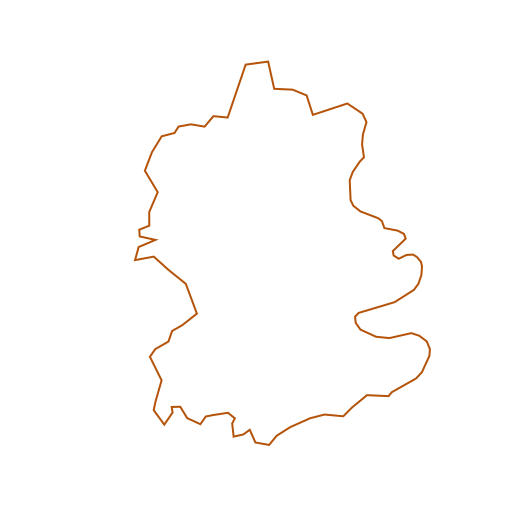 outline of Chust, Namangan, Uzbekistan, rotated 68°
{"feature_id": "79887680B74841511889074", "entity_name": "Chust", "entity_type": "district", "adm_level": 2, "iso_a3": "UZB", "parent_name": "Uzbekistan", "parent_adm1": "Namangan", "projection": "mercator", "projection_center": [71.199, 41.034], "detail": "fine", "context": "isolated", "style": "outline", "palette": "amber", "viewbox_px": 512, "rotation_deg": 68, "n_neighbors": 0, "source": "geoboundaries", "source_scale": "gbopen_adm2", "svg_char_len": 1411}
<svg xmlns="http://www.w3.org/2000/svg" viewBox="0 0 512 512"><g transform="rotate(68 256 256)"><path d="M378.0,404.2L369.9,392.0L364.4,390.7L367.4,382.7L380.6,380.5L391.1,370.6L386.0,362.7L387.4,355.4L390.9,340.7L398.6,336.4L402.3,340.8L415.1,344.4L416.7,334.6L414.8,326.9L428.7,326.4L436.1,314.6L430.4,304.2L427.5,288.2L426.7,266.6L428.7,251.8L437.3,235.1L432.5,223.9L426.6,205.2L435.6,185.6L433.1,181.0L429.5,153.4L425.9,145.7L413.5,132.6L407.4,129.6L399.1,129.7L391.1,134.5L385.7,140.9L382.1,163.0L375.9,174.9L363.4,186.7L355.4,188.6L349.4,186.9L347.2,182.2L350.7,144.8L346.6,122.4L342.6,115.8L335.8,109.9L327.7,105.9L323.1,105.3L317.3,107.1L313.5,109.9L311.4,116.1L312.0,124.7L307.1,128.2L302.7,127.3L296.0,110.7L291.0,110.5L285.5,115.2L278.2,126.5L270.8,126.2L266.7,128.6L253.9,142.4L246.0,146.9L239.7,147.4L220.8,140.7L214.4,134.9L207.3,124.3L204.9,118.9L192.4,115.9L183.5,111.4L173.2,103.4L164.0,103.9L148.8,114.2L146.4,150.4L126.1,148.9L115.5,159.7L107.8,176.5L80.3,171.9L74.7,193.9L117.0,230.4L110.4,243.1L116.8,255.2L109.5,267.1L107.0,279.3L111.4,285.5L109.7,298.6L120.8,313.6L135.3,327.1L160.0,323.2L175.2,338.5L187.9,343.6L187.9,354.4L194.3,356.5L203.4,343.2L203.7,361.4L214.5,369.7L218.3,351.0L236.0,342.4L255.6,331.5L287.3,332.4L292.5,350.2L294.1,361.9L302.5,369.2L304.6,384.3L309.7,392.1L335.9,390.1L353.6,403.9L360.6,408.6L378.0,404.2Z" fill="none" stroke="#b45309" stroke-width="2"/></g></svg>